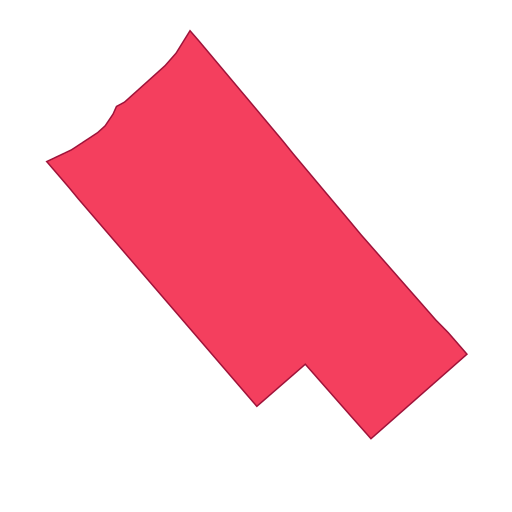 Kenosha, Wisconsin, United States of America, rotated 229°
{"feature_id": "52423323B66379277900853", "entity_name": "Kenosha", "entity_type": "district", "adm_level": 2, "iso_a3": "USA", "parent_name": "United States of America", "parent_adm1": "Wisconsin", "projection": "equal_earth", "projection_center": [-88.012, 42.581], "detail": "fine", "context": "isolated", "style": "filled", "palette": "rose", "viewbox_px": 512, "rotation_deg": 229, "n_neighbors": 0, "source": "geoboundaries", "source_scale": "gbopen_adm2", "svg_char_len": 595}
<svg xmlns="http://www.w3.org/2000/svg" viewBox="0 0 512 512"><g transform="rotate(229 256 256)"><path d="M42.7,222.9L43.1,287.0L43.5,350.8L71.4,350.8L71.9,350.8L89.6,349.7L117.6,349.6L131.8,349.5L132.4,349.5L203.5,349.2L221.3,349.6L258.8,350.2L309.1,351.1L325.1,351.7L385.1,352.8L387.0,352.8L432.9,353.6L456.3,354.0L469.3,354.0L461.5,328.7L459.3,312.2L458.8,283.1L458.4,257.7L460.4,248.8L456.9,241.3L456.3,239.1L453.2,227.5L453.0,217.4L457.2,186.3L464.6,160.0L430.7,159.8L415.6,159.4L142.0,158.0L142.0,222.2L73.2,222.6L42.7,222.9Z" fill="#f43f5e" stroke="#9f1239" stroke-width="1.5"/></g></svg>